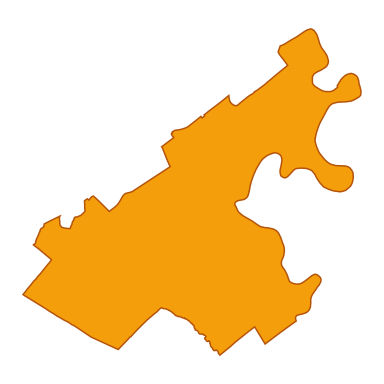 outline of Romanesti, Botosani, Romania
{"feature_id": "2599482B29124151289433", "entity_name": "Romanesti", "entity_type": "district", "adm_level": 2, "iso_a3": "ROU", "parent_name": "Romania", "parent_adm1": "Botosani", "projection": "orthographic", "projection_center": [27.238, 47.723], "detail": "fine", "context": "isolated", "style": "filled", "palette": "amber", "viewbox_px": 384, "rotation_deg": 0, "n_neighbors": 0, "source": "geoboundaries", "source_scale": "gbopen_adm2", "svg_char_len": 5957}
<svg xmlns="http://www.w3.org/2000/svg" viewBox="0 0 384 384"><path d="M296.2,321.0L295.6,319.0L295.6,317.2L296.0,316.3L297.0,315.4L298.7,314.8L302.8,313.9L306.6,312.5L308.7,310.6L309.3,309.7L309.9,308.4L310.4,307.0L310.8,302.6L310.7,300.7L310.8,298.7L311.7,295.9L312.5,294.3L316.3,288.9L317.4,287.0L319.0,285.2L320.6,282.2L320.9,281.1L321.0,279.9L320.9,278.8L320.3,277.5L317.8,275.1L315.7,274.3L314.3,274.4L311.9,275.6L306.5,279.9L302.8,282.5L301.2,283.4L299.4,283.9L297.4,284.1L295.6,284.0L293.5,283.5L291.3,282.7L290.3,282.0L289.4,281.2L288.6,279.2L287.3,275.2L286.4,273.3L284.6,269.8L283.3,268.1L281.7,265.6L281.3,263.1L281.4,261.7L281.9,260.1L283.3,256.9L283.8,255.3L284.3,251.7L284.4,249.9L284.2,249.1L284.3,248.3L283.7,245.8L282.1,241.6L280.8,237.7L278.9,233.7L277.8,232.1L276.6,230.9L274.9,229.8L273.2,229.0L267.9,227.8L266.3,227.8L264.4,227.5L260.5,226.6L257.7,224.9L251.8,220.8L248.4,218.9L242.9,215.7L238.9,212.4L238.2,211.4L237.6,210.4L236.0,206.7L234.8,204.6L234.9,203.4L235.5,202.3L236.3,201.5L238.6,200.5L244.1,199.5L246.6,197.8L247.7,196.3L248.5,194.1L249.6,189.5L249.8,187.6L250.7,183.8L252.0,179.3L253.7,174.8L255.9,169.7L258.3,165.5L260.7,161.5L261.4,160.6L262.9,158.9L265.0,157.1L266.5,156.0L268.6,154.8L272.9,153.2L275.3,152.8L276.5,153.0L278.6,153.8L280.2,155.0L281.1,156.2L281.6,157.9L281.9,159.3L281.8,161.4L281.1,165.7L280.2,169.4L280.1,170.6L280.1,172.9L280.8,175.7L282.4,177.0L283.6,177.6L284.8,177.8L286.0,177.7L288.3,176.0L293.4,170.5L295.4,168.8L298.1,168.3L301.4,168.1L305.9,168.4L308.3,169.0L310.8,170.1L312.4,171.2L315.1,174.7L316.4,177.5L318.9,181.4L320.2,183.2L322.9,186.2L324.1,187.2L328.9,189.4L331.6,190.3L334.1,191.0L339.4,191.7L341.1,191.7L342.6,191.3L344.7,190.7L346.1,190.0L349.8,186.9L350.7,185.9L351.8,183.8L352.6,181.5L353.1,179.1L353.3,176.6L353.1,174.2L352.9,172.6L352.2,171.0L350.4,168.5L349.8,167.8L348.4,166.9L345.5,166.0L336.0,165.6L331.6,164.5L329.3,163.5L327.3,162.0L325.3,160.2L323.5,158.2L319.8,153.5L318.6,151.5L316.6,146.8L315.5,143.0L315.0,140.8L315.4,137.1L316.7,131.7L318.6,126.3L319.4,124.3L320.5,121.9L324.3,115.0L326.5,110.7L328.9,106.8L330.4,105.1L332.2,103.8L333.4,103.3L337.9,102.2L346.0,101.8L351.0,101.1L353.2,100.3L357.3,98.1L359.3,96.7L360.4,95.6L360.8,94.7L360.9,93.4L361.0,90.9L360.1,87.4L360.0,86.6L359.0,83.7L358.7,80.8L357.6,77.4L356.6,76.1L355.1,74.9L353.6,74.1L351.2,73.4L350.0,73.6L348.0,74.1L346.1,74.9L344.2,76.3L342.2,78.2L340.9,79.7L337.2,85.7L337.5,86.6L337.6,87.2L336.6,88.1L333.8,90.2L332.3,91.0L330.5,91.6L326.6,91.6L324.5,91.4L322.7,90.9L319.8,89.4L316.9,87.6L315.4,86.6L313.5,84.9L312.8,83.8L312.4,82.6L312.4,76.8L313.9,74.1L317.1,71.9L320.9,70.2L325.6,67.2L327.0,65.7L327.8,64.2L328.2,63.1L328.4,61.8L328.3,60.3L327.1,56.1L326.0,54.1L324.7,52.1L321.6,47.8L320.6,45.8L319.5,43.1L317.9,37.5L316.6,34.1L315.9,33.1L314.4,31.0L313.8,30.3L312.9,29.8L312.3,29.4L311.6,29.1L310.5,28.9L307.3,29.9L304.3,31.6L296.4,37.0L291.4,39.8L286.3,43.0L284.0,44.4L281.7,45.4L280.2,45.9L278.1,52.0L278.6,52.8L279.5,54.6L285.0,61.7L287.7,65.4L278.8,72.6L271.8,78.5L268.3,81.4L264.0,85.1L256.2,90.9L254.5,91.6L254.5,92.3L253.5,93.0L252.6,93.8L250.3,95.0L248.2,96.5L239.4,103.6L237.2,105.5L236.2,105.7L234.0,105.3L232.3,104.2L231.0,103.0L230.0,101.6L229.6,100.3L229.2,98.6L228.8,95.5L220.2,102.5L210.5,109.8L204.1,114.9L204.7,115.7L204.7,115.9L202.1,118.0L200.9,116.4L197.3,119.4L188.1,126.6L186.4,127.6L181.5,129.3L181.2,129.3L179.3,129.7L174.7,130.4L172.7,131.6L172.1,132.2L172.6,132.6L172.6,132.8L171.4,133.9L171.6,134.6L172.1,135.5L173.7,137.6L173.0,138.2L161.6,146.8L162.3,147.6L166.6,158.6L169.1,164.5L170.2,166.7L131.9,191.8L125.5,193.5L124.5,194.2L122.9,195.9L119.2,202.3L117.2,204.9L114.0,207.8L109.2,211.4L98.5,200.7L93.6,196.2L92.2,196.4L91.8,196.7L90.0,198.6L89.0,200.1L87.4,198.8L86.4,199.4L84.5,200.8L84.5,202.6L84.7,203.8L84.7,206.1L84.7,208.5L85.0,210.0L85.0,210.7L85.0,211.3L84.7,211.8L83.5,212.8L82.7,213.8L82.0,214.2L81.1,215.2L80.5,215.6L78.9,216.1L77.7,216.8L75.6,217.0L74.7,217.4L74.4,217.7L73.7,220.0L72.6,221.7L72.2,222.7L71.9,224.3L70.7,226.6L70.2,228.5L69.1,228.6L65.4,228.2L62.9,227.7L62.5,227.4L62.0,227.5L60.2,225.4L59.9,224.7L59.8,221.8L59.4,218.6L59.6,216.9L60.0,216.1L48.7,221.6L44.3,223.9L43.7,226.8L42.6,227.7L41.2,228.5L40.7,229.1L40.3,229.8L40.0,231.0L37.6,236.7L36.4,239.2L35.7,241.5L35.6,242.8L35.3,243.6L34.7,243.9L33.4,244.8L34.1,245.5L38.8,249.0L51.5,259.7L49.2,262.9L47.8,264.4L40.7,273.3L37.6,276.7L36.0,279.0L34.3,280.5L33.1,281.9L30.9,284.8L27.0,289.4L25.3,291.8L23.0,294.5L24.3,295.5L46.2,309.0L49.3,311.2L53.1,313.4L57.3,316.2L59.3,317.2L63.5,319.8L67.4,321.7L68.3,322.3L70.2,323.4L71.6,324.6L73.4,325.3L76.9,327.5L91.0,337.0L118.2,349.5L128.6,338.7L129.5,337.4L130.2,336.9L131.1,336.7L131.3,336.1L137.9,329.1L147.0,320.1L154.7,313.5L157.3,311.5L158.4,310.3L159.7,309.0L161.3,307.7L163.5,308.6L165.6,308.8L168.0,309.8L168.9,310.4L169.5,310.5L172.2,312.3L172.6,312.9L173.8,313.5L174.8,314.8L175.7,315.5L176.6,315.9L177.4,316.0L178.3,316.7L179.7,316.5L180.2,316.6L182.2,317.7L183.3,318.1L184.5,317.9L184.9,318.7L185.3,318.9L185.8,318.9L186.8,319.3L187.3,319.6L188.0,320.4L189.8,321.4L190.0,321.6L190.5,322.7L190.9,323.0L191.6,323.1L192.2,324.1L192.9,324.7L193.3,325.3L193.7,325.5L194.2,326.1L194.2,327.7L195.3,329.1L195.3,329.5L195.1,329.8L195.2,330.0L195.8,330.1L197.4,330.7L198.2,331.5L198.7,333.1L199.6,333.9L200.2,334.1L201.3,333.9L202.4,334.3L203.3,334.2L203.9,335.1L204.7,335.3L205.6,336.0L205.8,336.5L205.7,337.5L205.0,337.7L204.7,338.2L204.7,338.6L205.0,339.2L206.3,340.5L206.5,341.0L207.2,341.4L208.3,341.4L208.5,341.3L208.6,340.8L208.9,340.8L209.2,341.2L210.0,342.1L209.9,343.5L210.5,344.5L210.5,345.8L210.6,346.2L211.9,347.7L212.7,348.1L212.8,348.4L212.7,349.1L213.5,350.0L213.6,350.4L214.5,350.5L214.9,350.7L215.6,350.1L216.4,350.1L217.0,350.4L217.8,351.4L218.6,353.6L219.9,355.1L230.5,346.5L234.1,343.2L238.7,339.4L250.1,330.3L254.7,326.9L265.1,344.0L281.7,331.5L296.2,321.0Z" fill="#f59e0b" stroke="#b45309" stroke-width="1.5"/></svg>